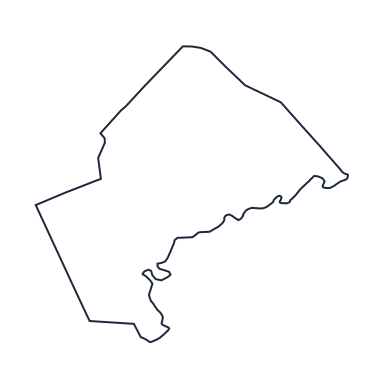 outline of Kaedi, Gorgol, Mauritania, rotated 265°
{"feature_id": "47542326B29120201182559", "entity_name": "Kaedi", "entity_type": "district", "adm_level": 2, "iso_a3": "MRT", "parent_name": "Mauritania", "parent_adm1": "Gorgol", "projection": "equal_earth", "projection_center": [-13.341, 16.007], "detail": "fine", "context": "isolated", "style": "outline", "palette": "slate", "viewbox_px": 384, "rotation_deg": 265, "n_neighbors": 0, "source": "geoboundaries", "source_scale": "gbopen_adm2", "svg_char_len": 2727}
<svg xmlns="http://www.w3.org/2000/svg" viewBox="0 0 384 384"><g transform="rotate(265 192 192)"><path d="M74.2,78.1L72.4,78.8L65.7,122.6L51.9,128.3L50.4,131.3L47.9,134.9L46.6,136.2L46.1,137.2L46.3,138.6L47.9,143.6L49.6,147.3L51.0,149.3L51.6,150.1L53.2,152.3L54.6,154.0L56.0,155.9L58.0,157.4L59.0,156.8L62.1,151.4L62.9,150.6L64.0,150.2L65.4,150.9L69.3,152.0L71.1,151.8L72.9,150.9L74.6,149.9L76.4,148.4L77.4,147.4L81.7,144.9L84.3,143.6L86.6,141.9L87.8,141.3L92.4,140.2L93.9,140.4L104.1,144.6L107.6,142.6L112.2,138.7L114.2,135.8L114.8,135.7L115.8,136.6L116.6,137.2L117.4,138.4L117.8,139.9L118.4,141.9L117.0,144.4L112.7,145.2L108.4,148.2L106.7,153.8L109.4,160.4L111.5,163.4L114.6,162.1L116.3,158.0L118.3,153.0L120.9,151.2L123.6,151.3L123.7,152.3L123.8,154.0L124.0,155.3L125.2,159.3L128.4,161.9L133.3,164.7L138.1,167.2L140.3,168.3L142.3,169.5L143.3,169.8L145.5,170.5L147.6,173.6L147.2,181.0L147.2,182.2L146.9,188.5L148.3,190.8L148.8,191.5L150.0,193.3L150.9,194.5L151.2,195.9L151.2,197.5L150.9,206.1L153.1,210.7L155.1,215.2L156.4,217.0L157.6,218.7L159.2,220.4L161.1,221.6L162.3,221.9L163.5,221.9L164.9,222.9L166.0,224.4L166.2,225.6L166.3,226.8L166.1,227.7L164.8,229.8L163.3,231.5L162.2,232.8L161.4,233.7L161.2,234.4L160.2,235.2L160.0,236.0L160.4,236.9L161.5,238.9L162.6,239.6L163.8,240.8L164.8,240.8L165.6,241.3L167.3,242.7L168.9,244.2L170.0,246.4L170.6,248.3L170.9,250.1L170.9,251.1L170.6,252.6L170.1,255.9L169.7,258.0L169.6,259.9L169.6,261.7L170.5,264.6L171.3,266.3L172.8,268.6L174.2,270.9L174.9,271.9L175.5,272.1L176.9,272.9L178.1,274.1L179.7,276.1L180.6,278.1L180.3,279.4L179.8,280.3L178.9,280.7L177.7,280.3L176.0,279.5L175.1,278.6L174.5,278.5L174.0,278.6L173.5,279.1L173.0,281.0L172.7,283.9L172.4,284.9L172.6,286.0L173.3,288.1L173.9,288.8L174.5,289.0L175.1,289.1L176.1,290.4L176.7,291.3L177.9,292.7L179.8,294.9L181.0,296.2L182.3,297.2L183.0,298.1L184.2,299.0L185.9,300.9L191.7,308.2L192.4,309.4L193.9,310.9L194.4,311.3L195.1,312.4L195.9,313.4L196.9,314.3L197.3,315.4L197.1,316.4L196.6,318.8L195.2,321.5L194.6,322.8L192.9,324.0L191.7,324.6L191.0,325.0L189.8,324.4L187.7,323.2L186.6,322.6L185.8,322.7L185.3,323.1L184.9,323.9L184.3,325.9L184.1,327.6L183.9,329.4L184.5,331.2L185.4,333.3L185.9,334.5L186.9,336.0L189.1,339.9L189.6,341.0L190.0,342.3L190.7,345.6L191.7,347.5L193.0,348.3L194.5,348.8L195.5,348.8L196.0,348.5L196.1,347.6L196.7,346.2L198.2,344.1L198.9,343.5L200.3,342.3L200.8,342.3L225.4,324.3L226.1,323.9L231.4,319.8L252.2,304.2L273.6,288.3L293.7,254.2L313.4,236.8L330.2,222.7L334.7,213.5L336.9,204.9L337.9,195.6L301.2,153.4L283.2,133.6L279.3,128.2L258.5,105.9L253.1,109.7L248.5,109.4L234.1,101.5L213.1,102.4L202.2,65.1L192.6,35.2L116.6,62.6L86.1,73.7L74.2,78.1Z" fill="none" stroke="#1e293b" stroke-width="2"/></g></svg>